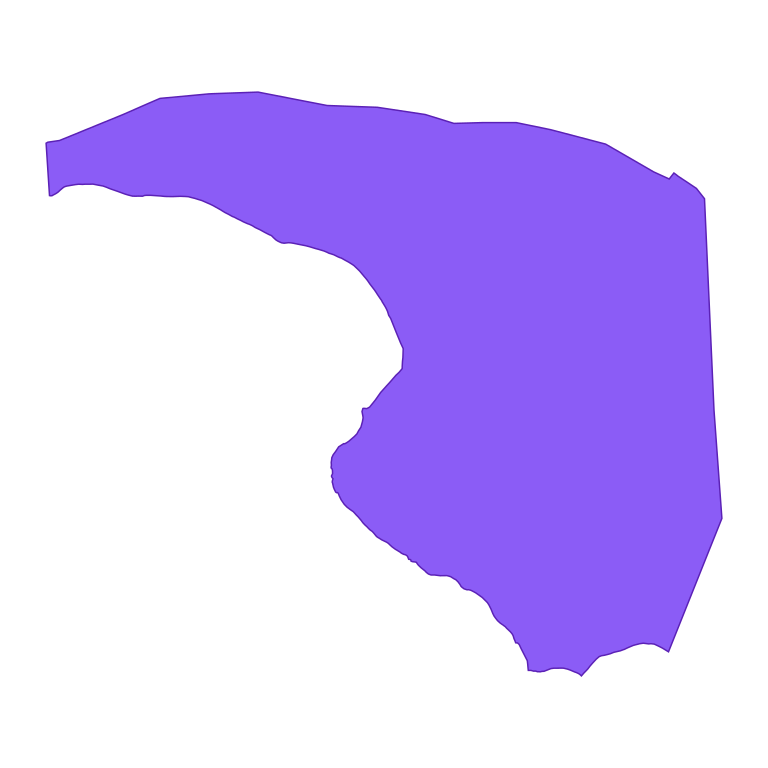 outline of Village, Laborie, Saint Lucia
{"feature_id": "8701671B19884465022303", "entity_name": "Village", "entity_type": "district", "adm_level": 2, "iso_a3": "LCA", "parent_name": "Saint Lucia", "parent_adm1": "Laborie", "projection": "robinson", "projection_center": [-60.996, 13.749], "detail": "fine", "context": "isolated", "style": "filled", "palette": "violet", "viewbox_px": 768, "rotation_deg": 0, "n_neighbors": 0, "source": "geoboundaries", "source_scale": "gbopen_adm2", "svg_char_len": 4867}
<svg xmlns="http://www.w3.org/2000/svg" viewBox="0 0 768 768"><path d="M46.1,143.2L49.5,195.6L50.7,195.8L52.0,195.7L53.9,194.6L54.6,194.3L56.5,193.2L58.2,192.0L60.3,190.0L62.8,187.9L64.4,186.8L66.6,186.1L69.0,185.7L72.4,185.1L75.4,184.6L78.7,184.2L80.8,184.3L82.4,184.4L85.1,184.2L89.9,184.2L92.9,184.1L98.0,185.1L101.8,185.8L103.0,186.0L106.6,187.3L110.2,188.8L118.0,191.5L121.8,192.9L124.8,194.0L128.1,195.0L132.4,196.1L135.4,196.2L138.4,196.1L142.6,196.2L144.4,195.5L146.2,195.3L150.4,195.3L153.3,195.5L160.7,196.0L164.4,196.4L166.6,196.5L172.6,196.6L180.3,196.3L185.6,196.5L188.4,196.7L190.9,197.4L194.9,198.4L198.7,199.6L200.4,200.1L202.0,200.6L205.9,202.3L207.0,202.8L209.8,204.0L213.1,205.6L216.1,207.3L220.6,209.8L222.3,210.9L225.1,212.6L228.5,214.3L232.4,216.5L234.3,217.2L237.3,218.8L240.9,220.5L243.3,221.8L247.6,223.7L249.4,224.3L251.3,225.2L252.5,225.8L254.1,226.8L255.2,227.5L256.9,228.3L259.9,229.7L264.6,232.3L267.5,233.8L269.7,234.9L270.7,235.2L272.1,236.2L273.3,237.5L275.9,239.9L278.0,241.2L279.9,242.1L281.5,242.8L284.1,243.2L285.8,243.0L288.6,242.7L291.2,242.9L293.6,243.3L300.0,244.6L305.6,245.7L309.5,246.7L315.7,248.6L318.4,249.3L324.0,251.0L327.1,252.3L329.1,253.3L330.6,253.7L333.9,254.8L337.9,256.8L340.3,257.8L341.2,258.0L344.9,260.1L348.6,262.1L352.1,264.3L354.0,265.6L359.5,270.9L364.2,276.5L365.6,278.1L367.5,280.5L370.1,284.3L374.5,290.0L376.2,292.5L377.4,294.4L380.1,298.4L381.9,300.9L382.0,301.5L382.9,302.9L385.1,306.5L386.4,308.9L387.6,311.6L388.7,315.3L390.7,318.5L396.2,332.3L400.6,343.0L403.2,348.6L402.9,357.7L402.5,361.2L402.2,366.6L402.2,368.6L399.1,372.3L396.0,375.2L389.4,382.8L386.9,385.5L380.7,392.4L375.2,400.2L369.6,407.1L366.8,408.6L363.9,408.3L362.9,408.5L362.0,411.5L362.9,416.2L363.1,417.9L362.4,421.8L360.9,427.2L358.6,430.7L356.9,433.9L354.0,436.8L352.0,438.5L348.9,441.2L346.7,442.7L344.9,443.7L343.6,443.7L338.7,446.8L335.6,451.5L333.2,454.7L331.8,457.7L331.6,459.9L331.2,462.4L331.4,465.4L331.2,466.3L331.1,467.9L332.1,469.0L332.5,470.7L332.5,472.3L332.6,473.4L332.2,474.5L331.8,475.2L331.5,475.9L331.6,476.7L332.3,477.9L333.0,478.7L332.4,480.7L332.2,482.1L332.6,483.2L332.9,484.6L333.3,486.4L333.5,487.3L334.4,489.5L335.3,491.3L335.6,492.0L336.6,492.7L337.5,492.6L338.1,493.1L339.0,495.2L339.2,495.8L341.2,499.9L341.7,500.6L344.3,504.4L347.3,507.4L348.6,508.3L349.2,508.8L351.4,510.4L353.2,511.6L354.7,513.2L356.2,514.9L358.1,516.8L359.3,518.2L361.4,520.7L362.4,522.1L363.1,523.0L364.9,524.9L365.9,525.8L367.0,526.8L368.3,528.2L368.9,528.8L369.7,529.6L370.6,530.3L372.2,531.4L373.5,532.8L374.5,534.0L376.2,536.1L376.8,536.7L377.8,537.4L379.7,538.5L380.6,539.1L381.8,539.9L383.1,540.5L386.2,542.0L386.8,542.3L388.4,543.4L388.9,543.9L389.6,544.6L390.7,545.6L392.0,546.8L393.1,547.6L394.3,548.5L395.4,549.3L396.8,550.1L399.2,551.6L399.9,552.0L401.0,552.9L401.5,553.2L402.0,553.5L403.0,554.0L403.9,554.4L405.6,554.8L407.1,555.9L407.5,556.3L408.7,559.3L409.6,559.4L410.4,559.6L410.8,560.0L411.1,561.2L412.6,561.7L415.3,562.0L416.5,562.4L417.0,563.4L418.4,565.2L421.1,567.8L424.6,570.6L425.6,571.5L426.1,572.2L428.4,574.0L431.1,575.0L434.7,575.0L440.1,575.7L446.7,575.6L448.1,575.9L450.7,576.7L454.2,578.9L455.7,579.6L457.9,581.7L460.0,584.5L461.0,586.3L461.8,587.1L464.0,588.8L467.0,589.8L468.6,589.7L470.6,590.2L472.1,590.9L474.0,591.9L475.8,592.9L482.3,597.5L485.0,600.2L487.4,602.6L488.9,604.9L491.1,609.3L492.8,613.5L494.1,616.1L495.7,618.3L497.5,620.6L500.1,623.0L505.3,626.7L506.7,628.3L508.2,629.7L510.4,631.8L512.0,633.7L513.1,635.6L514.0,638.6L515.0,640.9L515.7,642.8L517.6,643.0L519.2,644.5L521.1,648.6L525.6,657.4L527.3,660.7L527.7,664.1L528.1,668.8L528.3,670.4L529.4,670.4L530.0,670.4L530.8,670.4L532.1,670.7L533.4,671.1L535.7,671.1L537.3,671.7L538.2,671.7L540.4,671.8L541.1,671.6L542.0,671.4L543.4,671.3L544.0,671.3L547.1,670.1L550.9,668.6L553.9,668.2L557.2,668.2L560.5,668.1L562.0,668.1L563.7,668.2L566.6,668.9L567.5,669.1L570.3,670.1L575.0,672.1L576.0,672.4L577.8,673.2L579.1,673.9L579.8,674.4L580.4,674.9L581.4,675.9L584.1,672.8L585.7,671.2L587.7,669.1L589.3,667.0L589.9,666.2L592.5,663.2L596.2,659.2L599.2,656.6L601.6,655.7L602.2,655.6L604.2,655.3L607.1,654.6L610.4,653.7L612.4,652.9L613.9,652.3L620.4,650.8L623.3,649.7L624.6,649.3L625.7,648.7L628.3,647.5L633.3,645.4L634.4,645.1L635.1,644.9L638.7,644.0L639.2,643.8L643.3,643.2L648.7,643.9L649.9,643.8L650.9,643.7L652.5,643.9L654.2,644.1L655.1,644.5L658.5,646.1L660.5,647.1L662.6,648.2L665.7,650.1L668.5,651.8L709.7,548.8L721.9,518.4L714.0,410.2L704.5,198.7L696.4,188.4L688.2,182.9L678.2,176.3L676.1,174.6L673.9,173.0L669.2,179.0L653.5,171.8L612.7,148.2L605.6,144.1L550.7,129.7L516.2,122.6L483.2,122.6L468.9,123.0L453.9,123.4L425.2,114.5L377.3,107.3L349.1,106.3L327.1,105.5L302.8,100.8L258.1,92.1L212.6,93.7L208.6,93.9L160.0,98.4L148.4,103.4L123.1,114.5L59.5,140.5L47.8,142.2L46.1,143.2Z" fill="#8b5cf6" stroke="#5b21b6" stroke-width="1.5"/></svg>